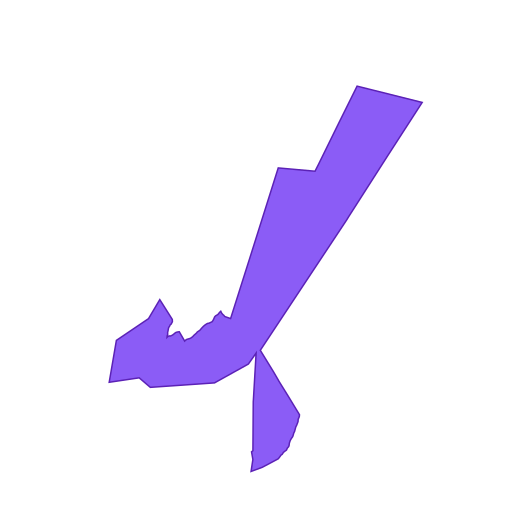 the district of Sebastião Leal, Piauí, Brazil, rotated 201°
{"feature_id": "56859067B27989040236964", "entity_name": "Sebastião Leal", "entity_type": "district", "adm_level": 2, "iso_a3": "BRA", "parent_name": "Brazil", "parent_adm1": "Piauí", "projection": "equal_earth", "projection_center": [-44.056, -7.769], "detail": "fine", "context": "isolated", "style": "filled", "palette": "violet", "viewbox_px": 512, "rotation_deg": 201, "n_neighbors": 0, "source": "geoboundaries", "source_scale": "gbopen_adm2", "svg_char_len": 1576}
<svg xmlns="http://www.w3.org/2000/svg" viewBox="0 0 512 512"><g transform="rotate(201 256 256)"><path d="M174.4,61.0L162.5,74.7L161.7,77.5L161.3,79.1L160.5,80.2L160.0,82.5L158.9,84.4L158.0,85.7L157.9,87.9L157.2,89.7L157.2,90.8L157.8,93.3L157.9,95.8L157.8,96.9L157.5,98.6L157.1,100.0L157.0,101.2L157.3,104.4L157.1,106.0L157.5,109.7L157.6,110.9L157.4,112.3L157.4,116.4L158.1,118.7L158.0,121.5L158.5,123.4L176.1,137.0L189.7,147.3L190.5,148.0L198.2,154.2L218.2,169.5L200.2,250.6L184.7,320.2L184.2,322.5L183.6,325.8L169.1,396.2L155.9,458.9L210.2,452.3L222.5,450.8L226.3,410.6L230.5,364.0L231.3,356.3L266.8,346.2L261.0,251.0L260.6,244.1L257.3,188.5L263.5,188.3L264.8,189.1L265.8,189.4L267.5,190.3L269.1,191.8L269.8,190.3L270.6,187.8L271.5,186.6L272.3,185.6L272.8,184.3L272.9,181.8L273.1,180.1L273.5,178.8L274.9,177.4L275.8,176.4L276.8,175.9L277.7,175.0L278.9,173.3L279.9,171.5L280.9,169.1L281.8,166.5L283.6,164.0L283.9,162.8L285.6,159.6L286.2,158.0L286.9,156.9L287.7,155.7L288.7,154.9L290.7,153.4L291.6,152.2L292.1,151.0L300.5,157.8L301.4,157.3L302.4,156.7L303.4,155.9L304.1,154.9L305.0,153.2L305.9,151.9L307.3,150.6L308.4,150.3L309.4,149.3L309.9,148.2L310.3,149.7L310.3,151.1L311.1,152.9L311.3,154.5L311.6,156.1L311.9,157.9L311.5,159.4L311.5,160.8L310.8,162.0L310.5,164.7L311.4,166.8L327.5,178.8L330.2,180.8L333.9,159.0L356.1,127.2L348.2,87.5L347.8,85.5L321.4,100.4L307.6,95.5L285.9,105.6L249.2,122.7L247.4,124.9L224.4,152.4L221.1,165.4L206.9,120.8L206.4,119.1L189.1,73.1L190.0,71.6L186.0,64.9L183.4,53.1L174.4,61.0Z" fill="#8b5cf6" stroke="#5b21b6" stroke-width="1.5"/></g></svg>